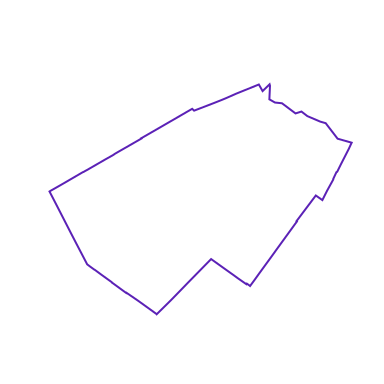 Unirea, Braila, Romania (Albers equal-area conic projection), rotated 109°
{"feature_id": "2599482B9026576063852", "entity_name": "Unirea", "entity_type": "district", "adm_level": 2, "iso_a3": "ROU", "parent_name": "Romania", "parent_adm1": "Braila", "projection": "albers", "projection_center": [27.767, 45.095], "detail": "fine", "context": "isolated", "style": "outline", "palette": "violet", "viewbox_px": 384, "rotation_deg": 109, "n_neighbors": 0, "source": "geoboundaries", "source_scale": "gbopen_adm2", "svg_char_len": 1324}
<svg xmlns="http://www.w3.org/2000/svg" viewBox="0 0 384 384"><g transform="rotate(109 192 192)"><path d="M294.5,267.6L294.6,267.3L295.6,264.3L297.2,259.1L297.2,258.7L299.9,250.1L303.4,238.5L303.8,238.1L303.9,237.5L306.4,229.4L308.9,221.3L308.6,221.2L312.3,207.8L318.9,185.9L319.1,185.6L301.4,176.8L288.7,170.8L279.7,166.6L273.4,163.6L249.2,152.1L256.1,128.9L257.0,125.8L258.5,121.0L261.5,110.5L260.8,110.3L261.5,107.9L262.0,106.5L255.0,104.3L247.3,102.0L238.8,99.4L225.8,95.4L219.1,93.4L202.4,88.3L197.8,86.9L188.6,84.1L186.1,83.3L185.7,83.2L185.5,83.7L155.0,73.8L157.2,66.1L146.9,64.7L134.2,62.5L133.6,62.7L126.2,61.9L125.6,61.3L117.1,60.2L100.2,57.8L93.4,57.1L94.2,71.7L83.4,88.0L83.7,93.7L82.7,107.6L80.3,114.7L84.0,119.7L78.8,135.8L80.4,142.7L79.2,149.0L66.7,152.7L66.6,152.9L66.4,153.0L66.1,152.9L64.9,153.7L73.6,158.1L68.6,163.8L84.7,182.3L92.4,190.6L95.4,194.0L100.8,200.3L114.4,216.5L113.8,217.8L113.3,218.9L118.9,223.8L119.9,224.6L121.0,225.6L139.8,241.9L157.7,257.5L157.9,257.2L175.3,272.4L178.5,275.2L181.4,277.7L181.7,277.8L182.3,278.3L182.6,278.5L189.8,284.9L203.5,296.8L204.8,297.9L206.2,299.2L207.3,300.2L208.5,301.2L208.7,301.6L214.5,306.6L220.3,311.6L228.5,318.7L237.0,326.2L237.9,326.9L250.4,313.8L270.2,293.2L278.2,284.8L294.2,267.9L294.5,267.6Z" fill="none" stroke="#5b21b6" stroke-width="2"/></g></svg>